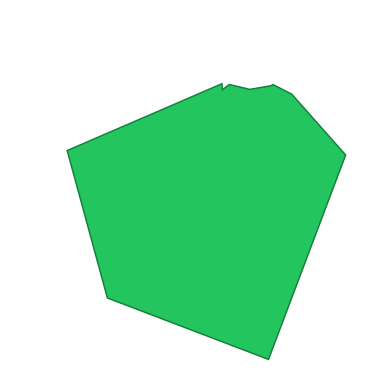 Kendall, Texas, United States of America, rotated 201°
{"feature_id": "52423323B46155834246828", "entity_name": "Kendall", "entity_type": "district", "adm_level": 2, "iso_a3": "USA", "parent_name": "United States of America", "parent_adm1": "Texas", "projection": "robinson", "projection_center": [-98.722, 29.928], "detail": "fine", "context": "isolated", "style": "filled", "palette": "green", "viewbox_px": 384, "rotation_deg": 201, "n_neighbors": 0, "source": "geoboundaries", "source_scale": "gbopen_adm2", "svg_char_len": 310}
<svg xmlns="http://www.w3.org/2000/svg" viewBox="0 0 384 384"><g transform="rotate(201 192 192)"><path d="M61.8,281.6L134.0,319.1L154.9,321.3L156.5,319.4L174.9,308.5L195.8,305.7L200.2,298.3L202.9,303.8L323.4,186.0L233.0,62.7L60.6,63.1L61.8,281.6Z" fill="#22c55e" stroke="#15803d" stroke-width="1.5"/></g></svg>